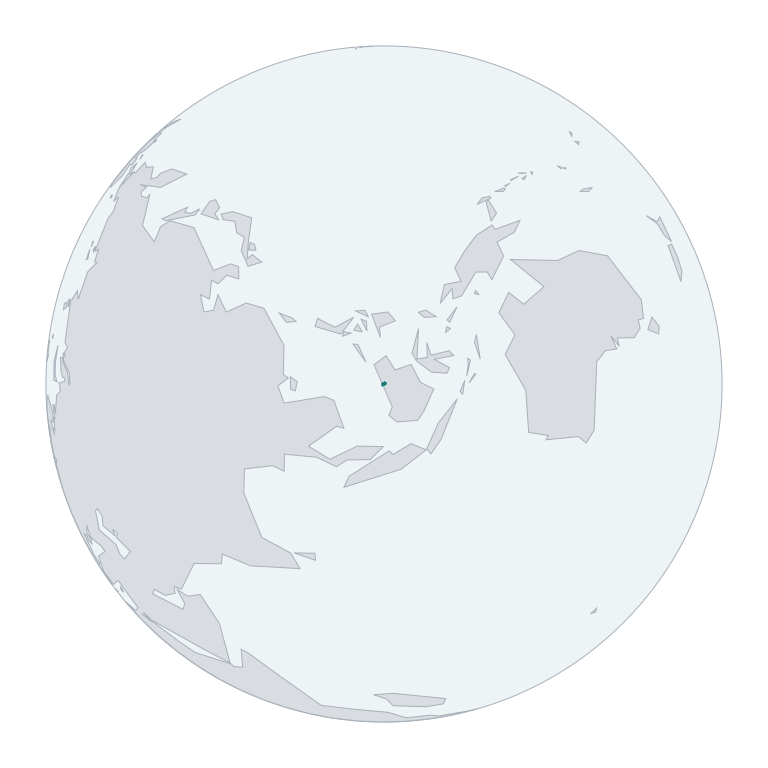 Belait on an orthographic globe, rotated 287°
{"feature_id": "BRN-1181", "entity_name": "Belait", "entity_type": "District", "adm_level": 1, "iso_a3": "BRN", "parent_name": "Brunei", "parent_adm1": "", "projection": "orthographic", "projection_center": [114.479, 4.349], "detail": "fine", "context": "on_globe", "style": "filled", "palette": "teal", "viewbox_px": 768, "rotation_deg": 287, "n_neighbors": 0, "source": "natural_earth", "source_scale": "10m", "svg_char_len": 8475}
<svg xmlns="http://www.w3.org/2000/svg" viewBox="0 0 768 768"><g transform="rotate(287 384 384)"><circle cx="384" cy="384" r="338" fill="#eef3f6" stroke="#a8b0b8"/><path d="M679.5,487.5L679.1,489.9L678.8,490.2L679.5,487.5ZM548.0,88.6L556.9,93.8L545.8,87.4L572.7,105.4L578.1,112.4L565.1,100.1L558.4,95.8L558.6,97.7L551.8,93.8L547.9,92.9L539.7,88.4L532.7,82.8L527.3,80.1L527.8,81.8L519.9,79.3L520.0,77.0L506.2,72.6L492.0,64.9L496.6,65.4L522.8,75.9L548.0,88.6ZM703.7,274.8L701.0,267.4L702.5,271.2L703.7,274.8ZM699.4,263.6L700.3,266.0L699.6,264.1L699.4,263.6ZM698.9,262.8L699.3,263.4L699.1,263.5L698.9,262.8ZM698.5,262.6L698.6,262.4L698.7,262.7L698.5,262.6ZM696.8,260.1L696.3,259.2L696.1,258.2L696.8,260.1ZM565.7,99.7L564.8,98.7L568.1,101.2L565.7,99.7ZM548.8,93.6L551.3,95.3L548.2,94.2L548.8,93.6ZM533.0,86.7L527.4,84.9L531.9,85.6L533.0,86.7ZM523.3,83.2L509.8,80.0L514.1,83.2L494.4,73.3L512.4,78.7L517.3,78.8L518.3,80.7L523.3,83.2ZM485.7,68.9L481.4,67.7L484.6,68.0L485.7,68.9ZM100.3,200.3L94.8,212.8L98.1,214.2L118.5,187.0L113.3,184.0L123.2,170.4L136.1,161.4L142.2,166.2L146.3,161.2L151.4,148.5L162.1,140.9L154.3,143.7L150.6,149.0L145.7,151.4L148.7,146.9L152.4,144.0L153.1,141.2L135.6,157.1L129.9,164.2L126.2,165.6L116.5,178.0L112.2,183.3L119.2,174.1L134.7,155.9L151.5,138.8L169.4,123.0L188.4,108.4L188.1,108.7L191.4,106.5L202.2,99.4L200.1,101.2L210.9,94.4L215.7,93.1L219.0,89.4L231.8,82.7L241.8,78.5L246.6,76.1L230.3,83.1L223.3,86.8L216.3,90.7L207.8,95.6L232.0,82.2L257.2,70.8L267.9,66.9L275.2,65.6L259.8,75.6L250.6,78.7L251.5,76.2L238.6,84.0L245.4,80.6L243.7,82.7L255.4,78.2L254.8,79.5L267.2,73.4L267.7,74.6L259.8,78.4L277.6,74.2L282.1,76.5L286.5,75.0L289.9,72.9L293.4,78.0L296.4,76.8L296.5,74.6L302.6,71.0L314.9,67.0L315.4,69.0L311.0,70.6L302.7,77.8L291.1,82.9L292.6,83.5L302.8,79.6L312.9,70.7L320.1,67.9L316.6,71.6L318.4,70.0L322.2,69.3L326.4,70.7L330.8,66.7L371.3,60.2L383.5,63.5L375.8,66.8L404.7,67.9L416.2,73.9L416.2,71.4L430.0,71.8L426.6,69.8L427.7,68.8L461.7,71.7L470.0,74.7L484.7,75.4L484.7,74.5L479.3,72.1L494.4,73.3L514.1,83.2L513.0,84.6L526.1,90.7L521.8,93.7L524.3,99.8L512.1,101.0L515.2,106.6L520.0,108.5L527.7,118.4L527.1,134.0L506.6,112.7L503.3,92.6L502.8,99.4L496.7,95.7L492.6,97.1L492.8,102.8L496.7,104.7L464.9,106.7L452.8,122.8L468.9,124.3L477.6,131.6L478.0,156.6L442.7,187.7L454.0,202.1L453.8,210.6L442.0,214.4L441.9,201.7L431.2,195.9L433.0,188.8L414.1,192.2L415.8,182.4L400.3,190.8L404.7,199.4L420.8,199.2L406.6,212.1L421.2,228.6L421.3,247.0L391.7,277.1L363.7,284.9L361.7,290.8L351.4,283.0L336.5,294.0L354.5,330.6L353.6,340.9L329.9,358.6L329.6,350.9L302.4,330.0L296.2,354.3L316.8,376.6L323.9,401.6L307.6,392.7L300.5,370.7L290.9,362.7L294.3,341.3L287.8,309.3L271.4,314.0L273.4,301.5L261.9,275.4L238.8,281.7L201.5,312.1L195.1,344.2L182.9,357.6L171.1,309.8L174.0,279.1L164.6,281.1L156.8,254.8L128.5,250.2L129.0,242.4L122.7,245.3L117.9,236.8L120.6,224.4L115.6,224.5L109.8,257.6L115.6,257.8L127.0,246.3L123.7,258.2L128.9,269.8L106.8,296.7L72.2,318.4L76.6,294.4L90.5,229.5L94.4,222.9L94.8,222.1L95.4,220.7L88.7,231.4L93.7,219.4L78.0,262.9L72.0,281.9L71.6,319.8L69.8,323.3L72.0,331.6L88.6,325.0L87.0,333.0L74.4,369.3L58.3,418.0L64.9,453.9L71.3,484.1L71.2,502.4L81.2,526.2L82.6,533.5L89.4,546.9L96.1,560.4L100.9,568.5L88.3,547.6L77.3,525.9L67.9,503.5L60.1,480.5L54.0,456.9L49.6,433.0L47.0,408.8L46.1,384.5L46.9,360.2L49.5,336.0L53.8,312.1L59.9,288.5L67.6,265.4L76.9,243.0L87.9,221.2L100.3,200.3ZM140.7,187.0L149.6,190.3L159.3,172.7L163.5,172.9L165.3,167.3L160.0,171.5L166.3,156.7L175.1,153.3L181.0,146.5L178.3,145.2L161.3,154.3L152.0,174.8L144.2,181.0L140.7,187.0ZM307.5,55.2L311.5,54.2L313.3,53.8L325.1,51.4L326.1,51.5L319.4,53.0L307.5,55.2ZM113.7,191.2L108.8,195.9L110.1,193.1L111.5,192.0L113.7,191.2ZM109.6,187.1L107.3,191.3L108.2,189.0L109.6,187.1ZM310.6,54.9L315.4,53.8L312.9,54.6L310.6,54.9ZM327.5,51.6L325.7,52.3L327.6,51.3L327.5,51.6ZM224.6,648.7L231.7,652.9L227.7,652.8L224.6,648.7ZM90.9,483.3L101.2,535.0L95.4,534.1L87.5,518.2L79.0,486.5L83.5,478.7L83.8,464.8L90.9,483.3ZM410.1,465.1L420.5,467.4L420.1,469.0L410.1,465.1ZM399.2,458.9L411.1,460.2L397.2,462.2L399.2,458.9ZM415.7,460.8L427.8,458.7L433.0,456.5L432.1,459.7L415.7,460.8ZM391.2,458.4L347.8,454.8L330.9,449.3L334.7,443.8L362.2,447.3L391.2,458.4ZM333.4,443.6L307.6,425.4L273.5,375.9L285.6,377.6L321.6,408.6L319.3,413.3L334.9,427.3L333.4,443.6ZM396.3,418.3L393.8,433.1L369.8,430.0L359.0,426.8L351.5,407.1L355.6,397.7L364.5,398.7L399.5,368.8L411.6,377.7L400.7,390.5L410.6,404.2L396.3,418.3ZM196.2,347.4L201.9,367.4L195.4,370.1L196.2,347.4ZM414.2,347.4L399.7,360.3L413.1,342.6L414.2,347.4ZM422.4,330.5L423.0,337.6L417.5,330.3L422.4,330.5ZM360.9,300.3L351.5,301.2L351.5,296.3L363.6,292.3L360.9,300.3ZM421.3,263.0L420.3,276.9L418.2,281.6L414.4,272.7L421.3,263.0ZM325.9,60.9L308.2,63.5L296.2,66.9L290.5,70.6L291.0,67.1L309.5,61.8L325.9,60.9ZM365.6,59.7L370.6,57.5L373.5,58.5L372.8,59.2L365.6,59.7ZM365.0,58.3L361.6,55.8L367.7,54.7L369.2,56.8L365.0,58.3ZM335.4,53.4L330.1,53.9L332.2,53.0L335.4,53.4ZM599.5,615.2L601.8,618.1L592.0,627.1L579.2,635.9L568.7,638.1L599.5,615.2ZM512.2,632.0L513.1,620.5L526.2,620.6L519.7,630.3L512.2,632.0ZM608.3,608.4L617.1,598.7L621.7,585.6L619.1,597.7L624.4,598.9L604.2,617.4L608.3,608.4ZM467.5,580.9L401.1,598.5L386.7,594.6L390.6,585.3L378.0,555.3L382.7,556.3L380.0,536.5L419.3,521.5L447.7,491.2L469.3,494.9L485.8,473.0L508.0,476.5L501.1,494.3L523.8,508.5L540.1,468.6L552.9,514.0L568.7,531.5L571.9,560.3L539.9,605.3L522.5,613.1L519.6,608.4L512.2,612.6L501.4,609.7L496.2,593.6L488.9,597.9L496.4,586.8L485.6,596.3L480.4,585.9L467.5,580.9ZM625.5,515.4L628.4,517.0L632.8,525.5L628.0,523.5L625.5,515.4ZM671.8,495.7L672.8,499.6L669.8,500.1L671.8,495.7ZM678.8,490.2L675.3,491.2L679.5,487.5L678.8,490.2ZM642.7,491.2L644.0,494.2L642.8,495.0L642.7,491.2ZM641.5,490.1L643.5,485.9L643.0,490.3L641.5,490.1ZM627.6,464.3L629.5,462.3L630.3,464.2L627.6,464.3ZM435.9,468.8L450.5,458.3L458.4,457.9L435.9,468.8ZM625.0,459.2L620.2,458.2L620.8,455.9L625.0,459.2ZM625.4,453.7L624.9,450.3L627.7,458.5L625.4,453.7ZM616.3,445.3L622.1,451.8L615.6,445.9L616.3,445.3ZM612.8,445.7L608.6,442.6L608.9,441.6L612.8,445.7ZM564.3,444.9L580.2,466.2L567.3,464.3L552.8,450.7L541.3,460.9L515.3,456.6L521.3,450.1L517.9,439.1L491.0,432.4L485.6,425.0L495.1,421.2L477.4,414.1L496.8,412.7L504.8,427.7L515.8,417.6L534.7,422.2L553.1,428.8L567.8,441.0L564.3,444.9ZM496.9,444.1L500.2,444.4L497.3,448.4L496.9,444.1ZM600.5,433.7L606.6,441.4L605.9,443.1L602.9,441.7L600.5,433.7ZM571.2,438.9L587.1,428.9L590.8,429.5L580.3,441.7L571.2,438.9ZM583.3,420.8L590.6,423.3L594.5,430.4L592.9,432.0L583.3,420.8ZM457.2,427.4L456.4,431.3L451.3,427.7L457.2,427.4ZM463.7,425.6L478.9,431.2L462.3,428.8L463.7,425.6ZM417.6,408.1L422.0,417.7L436.1,412.9L425.3,420.6L434.9,436.8L431.7,442.3L422.2,424.9L418.9,441.8L412.7,441.0L409.2,426.0L415.5,408.6L421.7,401.8L447.1,400.8L417.6,408.1ZM463.6,414.2L459.5,403.0L462.6,396.1L466.9,402.2L463.6,414.2ZM447.7,376.3L437.1,363.1L427.4,367.0L447.2,351.7L454.0,366.7L447.7,376.3ZM438.9,348.7L429.8,352.2L439.3,343.1L438.9,348.7ZM427.5,347.9L426.6,339.4L433.7,341.2L427.5,347.9ZM443.6,349.5L445.5,335.4L449.0,344.1L443.6,349.5ZM423.9,320.6L439.0,335.5L419.1,328.0L418.8,301.2L427.3,301.3L423.9,320.6ZM474.4,222.4L472.6,215.4L480.4,214.8L479.4,219.7L474.4,222.4ZM504.2,208.9L481.9,212.4L463.7,216.5L469.2,220.2L464.8,231.4L456.8,219.7L469.7,208.5L483.4,207.6L485.8,198.7L496.0,193.8L494.1,182.5L498.7,178.4L504.6,188.8L504.2,208.9ZM492.7,177.7L493.2,159.4L507.8,164.0L511.0,169.1L504.6,175.3L497.3,172.4L492.7,177.7ZM497.6,156.6L490.5,153.9L476.3,127.5L477.0,123.3L495.5,144.3L489.8,143.2L490.7,149.3L497.6,156.6ZM482.6,68.8L481.5,67.8L485.0,69.2L482.6,68.8ZM425.5,67.8L427.5,66.7L431.5,67.9L425.5,67.8ZM435.3,64.5L429.4,63.9L435.4,63.7L435.3,64.5ZM416.1,62.9L426.9,63.2L416.9,64.2L416.1,62.9Z" fill="#d9dde1" stroke="#a8b0b8" stroke-width="1"/><path d="M383.3,384.6L383.0,384.5L382.8,384.5L382.8,384.4L382.9,384.2L382.9,383.9L382.8,383.6L382.7,383.4L382.6,383.2L382.4,383.1L382.2,383.0L382.0,382.8L381.9,382.7L381.6,382.7L381.2,382.5L382.7,382.6L383.1,382.5L383.5,382.2L384.1,382.0L384.2,382.3L384.3,382.4L384.4,382.5L384.5,382.5L384.7,382.8L384.7,383.0L384.9,383.1L385.0,383.2L385.1,383.4L385.3,383.5L385.5,383.8L385.5,384.0L385.8,384.3L385.8,384.5L386.0,384.4L386.0,384.5L385.9,384.6L385.8,384.8L385.8,385.0L385.7,385.2L385.7,385.3L385.2,385.8L384.9,386.0L384.6,385.9L384.6,385.7L384.4,385.5L384.0,385.2L383.9,385.1L383.7,384.6L383.3,384.6Z" fill="#14b8a6" stroke="#0f766e" stroke-width="1.5"/></g></svg>